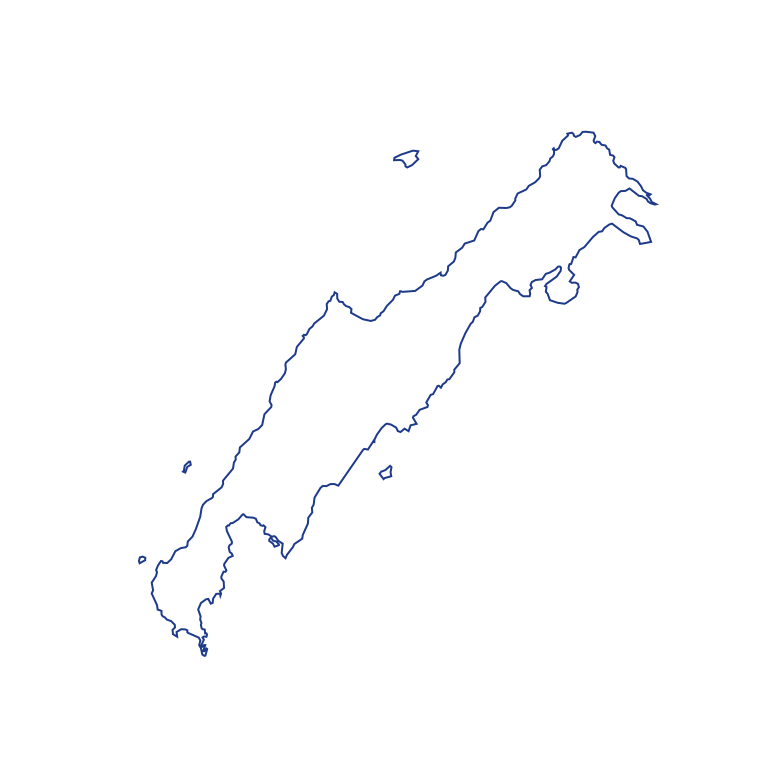 Kritis, Kriti, Greece, rotated 127°
{"feature_id": "26713481B79456911033966", "entity_name": "Kritis", "entity_type": "district", "adm_level": 2, "iso_a3": "GRC", "parent_name": "Greece", "parent_adm1": "Kriti", "projection": "orthographic", "projection_center": [24.889, 35.249], "detail": "fine", "context": "isolated", "style": "outline", "palette": "blue", "viewbox_px": 768, "rotation_deg": 127, "n_neighbors": 0, "source": "geoboundaries", "source_scale": "gbopen_adm2", "svg_char_len": 6108}
<svg xmlns="http://www.w3.org/2000/svg" viewBox="0 0 768 768"><g transform="rotate(127 384 384)"><path d="M126.8,301.9L121.1,300.1L118.7,298.4L118.7,284.0L117.5,275.4L115.4,269.5L115.6,267.3L118.1,263.8L109.8,256.2L103.8,265.2L102.1,271.6L104.6,277.8L102.7,280.7L103.2,284.7L103.7,287.4L105.5,290.0L106.1,295.7L107.3,298.6L105.5,308.0L104.5,309.5L96.7,311.5L89.9,311.7L87.4,310.9L84.5,307.4L80.1,305.6L80.3,293.6L78.7,290.9L78.2,285.5L79.3,283.2L79.3,280.2L77.7,275.7L76.6,274.8L77.5,279.7L75.9,283.0L74.9,288.5L74.0,285.8L72.1,285.3L73.4,289.6L73.4,293.8L71.4,297.7L69.8,303.4L70.4,308.8L72.4,312.0L72.0,315.4L66.6,320.1L66.2,321.4L67.4,326.3L69.2,326.1L69.9,327.0L69.3,332.9L67.7,335.3L64.2,336.4L63.7,338.5L64.9,341.3L61.3,345.2L61.5,347.7L60.2,350.6L62.0,354.2L61.1,357.7L62.2,359.7L64.4,360.1L64.3,362.0L63.4,363.1L58.8,364.5L57.2,368.0L61.2,374.8L63.2,377.1L67.3,377.3L71.3,379.6L71.5,381.8L70.3,383.0L70.2,385.1L73.7,388.2L74.4,386.8L75.4,386.7L82.4,388.0L90.6,386.3L93.4,387.3L94.5,388.8L93.6,390.3L94.8,390.5L95.5,388.5L97.9,386.7L100.5,386.1L103.8,386.9L106.6,385.9L111.6,386.2L115.0,388.6L119.1,388.6L124.0,384.4L126.2,383.9L132.0,384.7L138.6,387.6L143.0,387.4L151.4,391.9L156.9,390.8L158.4,389.6L164.7,389.2L167.2,389.9L169.8,392.2L174.1,398.3L180.8,400.0L189.6,397.4L192.9,398.4L200.7,397.7L201.8,399.8L205.1,400.6L215.1,398.3L223.2,404.0L228.2,403.6L235.7,405.8L240.4,402.9L244.1,401.9L251.4,403.6L254.9,401.3L260.0,400.6L261.9,401.8L262.9,404.0L261.0,405.8L266.1,407.5L274.7,412.6L277.7,413.5L282.2,412.5L290.9,415.1L299.3,424.7L300.0,426.8L299.5,427.3L302.8,426.0L306.8,428.4L311.4,427.5L319.7,428.7L326.2,428.2L329.5,429.2L331.5,428.4L334.8,429.7L338.1,429.8L341.6,432.5L345.0,439.9L347.0,453.2L343.7,455.1L343.5,458.1L344.6,461.2L344.4,464.0L343.4,466.4L345.2,469.2L343.9,472.7L340.2,475.7L340.5,478.6L343.2,477.6L345.6,478.3L349.8,476.9L351.3,478.0L354.6,477.9L358.5,474.5L365.5,473.1L378.0,476.2L380.7,475.7L384.9,476.7L390.8,475.6L392.2,476.0L392.8,477.5L394.6,477.8L394.9,476.0L396.0,475.4L406.9,475.9L413.6,472.8L425.9,475.2L427.9,474.4L431.3,471.2L435.1,469.6L442.0,469.3L446.7,470.2L447.0,471.4L448.6,471.7L451.7,470.0L461.1,467.8L465.8,465.4L466.8,464.8L468.4,461.2L470.1,460.2L480.1,461.3L490.1,456.6L495.6,457.3L500.7,460.0L509.0,458.5L521.4,460.9L525.7,458.4L531.3,458.9L533.6,456.9L537.0,456.6L542.4,453.7L558.1,454.4L560.7,452.3L564.2,451.5L574.9,454.2L576.8,452.8L578.4,452.7L584.3,455.3L589.3,455.9L593.1,454.9L600.6,450.9L613.2,446.9L621.2,445.1L627.8,445.9L631.7,443.7L633.7,444.1L637.3,447.5L643.1,450.0L652.1,448.5L657.4,449.4L659.8,452.8L658.9,454.3L659.6,455.6L665.0,455.3L669.8,454.0L670.8,452.1L674.6,450.5L682.4,450.0L687.8,444.2L691.1,443.5L697.2,432.2L700.4,429.0L699.1,425.2L702.0,422.9L702.7,421.0L702.3,418.8L702.8,415.6L701.5,411.3L702.2,406.2L704.2,404.4L707.6,404.9L710.8,402.0L710.3,397.1L706.9,400.4L701.9,398.4L699.5,394.9L699.1,392.8L700.6,391.7L700.7,390.6L698.0,379.3L699.4,376.3L703.8,374.4L705.0,371.4L709.4,366.3L709.2,363.8L708.4,363.2L702.1,365.7L702.1,366.7L705.5,366.7L706.3,367.7L700.1,369.6L700.7,370.6L703.2,370.9L703.7,371.6L703.1,372.5L696.6,374.0L695.6,376.4L693.9,375.8L692.8,373.7L690.6,374.5L690.0,375.8L690.8,376.8L688.0,379.4L689.0,381.4L688.8,382.6L686.7,385.2L684.7,386.0L682.8,389.0L680.0,390.6L675.9,396.7L669.1,398.4L663.1,396.6L661.4,394.9L663.7,390.2L662.0,389.1L658.2,391.3L652.6,391.7L650.2,388.8L651.5,387.3L649.4,388.0L648.1,390.4L643.2,389.0L638.3,393.1L637.1,396.9L635.7,398.0L630.5,399.2L629.4,397.6L627.8,397.6L625.3,402.4L623.9,403.3L616.5,403.6L612.3,401.4L611.0,403.7L611.0,406.1L608.0,409.7L605.7,410.3L603.1,409.5L601.5,410.5L595.9,421.1L593.1,424.0L590.9,423.6L590.5,422.7L587.5,422.7L586.1,421.2L579.8,418.9L573.2,418.4L572.6,417.8L573.1,413.7L569.5,408.0L568.7,405.3L570.7,401.9L570.2,399.5L571.1,397.6L570.4,395.7L569.4,395.2L569.7,392.5L573.7,391.1L575.5,389.1L573.7,385.9L573.5,381.6L571.8,380.4L571.3,378.8L572.8,374.0L572.5,368.8L580.6,364.0L582.1,361.2L582.4,357.8L578.8,358.7L568.9,358.6L565.8,359.3L556.7,356.2L553.5,358.0L541.2,360.8L536.4,364.0L529.7,364.0L526.3,367.1L522.6,367.6L516.6,371.1L505.1,372.2L502.2,371.5L500.3,368.6L496.1,366.5L493.7,363.3L492.7,359.3L449.4,361.1L447.7,360.7L446.0,357.4L434.7,358.2L437.0,356.2L434.2,358.1L428.7,359.2L420.6,359.4L415.3,358.5L413.9,357.8L412.2,354.1L411.5,348.0L413.3,344.6L412.4,341.9L407.3,340.7L406.9,336.0L401.0,337.9L396.2,334.0L393.5,340.6L392.1,341.1L389.2,339.8L383.2,340.0L376.2,335.5L374.4,336.2L373.3,339.1L364.6,340.2L362.5,338.7L353.4,340.0L352.4,339.2L352.7,336.3L348.9,336.9L345.6,335.8L342.3,336.1L340.8,334.7L332.3,334.9L330.2,336.5L321.8,336.1L311.3,344.5L305.7,346.9L294.5,349.6L283.7,351.0L280.9,350.5L276.3,351.9L273.0,350.3L268.1,351.0L265.4,352.9L263.3,351.9L257.3,352.4L254.0,355.2L238.7,354.5L231.7,352.6L230.9,351.7L229.8,347.1L231.3,340.7L231.2,337.5L229.2,332.6L230.3,329.5L230.2,325.7L226.3,320.5L224.0,321.5L221.5,324.2L218.3,323.7L216.7,326.6L213.6,327.3L209.7,325.5L205.2,320.7L198.7,321.1L195.5,318.8L189.3,316.1L185.6,315.7L184.3,314.3L184.5,312.7L187.3,311.0L194.2,310.7L206.2,314.4L208.9,314.3L208.7,312.6L213.0,310.2L213.4,307.8L217.2,301.9L214.6,294.1L211.3,288.2L209.8,287.3L198.7,283.6L194.0,284.8L192.4,286.4L189.4,286.6L187.3,289.3L187.8,292.1L190.2,295.1L190.3,297.4L182.4,297.8L181.5,304.6L180.5,306.3L177.0,307.9L176.3,307.8L175.8,306.8L175.3,306.8L168.6,309.1L167.6,307.2L159.3,308.5L154.2,306.4L140.9,305.6L133.3,304.1L130.8,301.7L126.8,301.9ZM197.1,495.8L192.5,493.4L183.8,491.9L182.8,495.8L177.5,496.7L180.2,501.3L190.6,508.5L197.1,511.8L199.2,510.6L195.5,506.1L194.5,503.6L195.8,499.0L197.2,497.9L197.1,495.8ZM453.3,322.7L450.6,325.6L445.9,328.0L445.7,329.9L451.9,331.1L455.8,333.5L458.4,333.5L460.2,327.1L458.8,326.9L453.3,322.7ZM577.1,382.1L578.4,381.2L578.3,376.7L579.8,373.5L576.0,371.0L575.3,371.5L574.6,375.1L575.9,378.4L574.6,382.0L577.1,382.1ZM574.9,491.8L574.3,489.4L568.6,491.2L564.8,489.7L562.7,492.1L563.3,493.0L569.1,494.0L573.6,491.7L574.9,491.8ZM669.4,474.6L672.7,473.3L674.2,471.3L668.5,468.7L666.5,470.0L667.0,472.8L669.4,474.6Z" fill="none" stroke="#1e3a8a" stroke-width="2"/></g></svg>